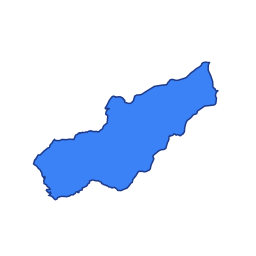 the district of Valiug, Caras-Severin, Romania, rotated 219°
{"feature_id": "2599482B27946002625345", "entity_name": "Valiug", "entity_type": "district", "adm_level": 2, "iso_a3": "ROU", "parent_name": "Romania", "parent_adm1": "Caras-Severin", "projection": "mercator", "projection_center": [22.046, 45.195], "detail": "fine", "context": "isolated", "style": "filled", "palette": "blue", "viewbox_px": 256, "rotation_deg": 219, "n_neighbors": 0, "source": "geoboundaries", "source_scale": "gbopen_adm2", "svg_char_len": 5691}
<svg xmlns="http://www.w3.org/2000/svg" viewBox="0 0 256 256"><g transform="rotate(219 128 128)"><path d="M105.9,230.1L107.6,228.9L109.3,227.9L110.8,226.0L111.1,224.6L110.6,223.0L110.6,221.9L110.9,220.7L111.3,219.6L111.7,218.4L112.2,217.3L112.5,215.6L112.8,214.0L113.2,212.4L113.7,210.8L114.4,204.2L115.4,202.2L118.2,198.1L118.9,196.9L120.8,195.1L123.4,194.1L124.7,193.2L124.9,192.8L125.3,192.2L125.6,191.5L125.4,189.4L125.6,188.8L125.2,186.0L129.3,181.9L133.7,176.9L137.6,165.8L137.6,165.5L138.7,162.4L140.6,160.3L141.0,159.9L141.7,159.4L142.1,158.9L142.8,157.0L142.5,156.3L142.4,155.9L141.9,154.9L141.8,154.6L141.7,154.3L141.5,153.7L141.0,153.0L141.0,152.1L141.0,151.5L141.4,149.0L143.0,147.5L143.7,147.1L146.3,146.2L147.1,146.1L147.2,146.4L147.9,147.4L148.4,147.5L149.0,147.5L149.5,147.3L149.9,147.8L150.4,147.8L150.6,147.9L150.9,148.0L152.4,147.7L152.5,147.5L153.5,147.4L153.8,147.3L154.2,146.9L155.6,145.8L156.2,144.7L157.4,144.5L157.5,144.0L158.8,143.9L159.2,143.7L159.5,143.4L160.0,142.2L159.9,142.1L160.0,141.6L160.0,140.9L160.0,139.6L159.9,137.7L159.0,133.8L158.5,131.2L158.4,129.6L158.3,129.4L158.0,128.9L157.4,128.8L157.1,129.1L156.6,130.1L156.1,130.6L155.3,131.0L154.7,131.1L154.7,130.9L155.5,130.2L155.7,129.5L155.4,128.4L155.4,127.6L154.8,126.1L154.3,125.0L153.6,124.6L153.0,124.6L152.8,124.9L152.2,125.0L151.5,124.8L151.0,124.2L150.7,123.6L149.8,122.5L149.5,121.8L148.8,121.1L148.2,120.0L147.8,119.2L147.3,118.6L147.4,118.0L147.8,117.1L147.9,116.1L148.1,115.3L148.2,114.2L148.1,113.5L147.9,112.9L147.4,111.8L147.3,111.1L147.8,109.8L148.1,108.8L148.1,107.8L148.3,107.3L148.3,106.7L148.5,106.7L148.7,106.2L150.6,105.4L151.2,104.6L152.6,103.5L153.2,103.2L154.5,102.8L154.9,102.4L155.1,101.9L155.5,102.0L155.8,101.8L156.7,100.4L156.8,99.8L156.9,99.1L157.3,99.0L158.2,98.5L159.2,96.8L160.0,96.3L160.7,96.0L161.0,95.5L161.2,94.9L161.9,93.7L162.3,94.1L162.8,93.6L163.3,92.4L163.1,92.2L163.1,91.9L163.2,91.6L163.6,90.7L163.8,90.4L164.0,90.1L164.1,89.9L164.1,89.1L164.0,88.8L164.0,88.5L163.5,87.4L163.2,86.0L162.9,85.2L162.8,84.9L163.3,84.6L163.7,84.5L163.9,84.4L164.9,83.5L166.0,82.9L166.4,82.6L166.9,81.9L167.1,81.7L167.5,81.3L168.0,80.8L168.1,80.6L169.1,79.6L169.4,79.4L169.9,79.2L170.9,78.4L172.1,77.6L172.7,76.1L172.9,75.7L173.3,75.2L174.1,74.4L174.8,74.0L175.1,73.7L175.3,73.5L175.8,73.2L176.8,72.5L176.9,72.4L177.1,72.4L177.5,72.7L177.8,72.9L178.0,72.3L178.0,71.6L178.0,71.1L177.9,70.1L177.7,69.1L177.7,68.9L177.7,68.5L177.6,68.0L177.8,67.0L177.7,65.7L177.8,65.4L177.6,65.1L177.4,65.0L177.3,64.8L177.0,64.2L176.8,63.7L176.9,63.4L177.1,62.8L177.5,62.2L177.7,61.8L177.9,61.6L177.9,61.4L178.0,61.1L178.0,60.8L178.0,60.5L178.0,60.4L178.1,60.0L178.2,59.8L178.5,58.5L178.5,58.1L178.6,57.8L178.8,57.4L178.8,57.1L178.9,55.6L178.9,54.8L179.1,54.4L179.2,53.6L179.2,53.2L179.1,52.5L179.2,52.4L179.2,52.2L179.3,51.8L179.8,51.4L180.0,51.3L180.5,50.9L180.8,50.5L180.7,49.7L180.7,49.3L180.6,48.9L180.6,48.4L180.4,47.9L180.3,47.6L180.3,47.4L180.3,47.2L180.2,46.7L180.4,46.4L180.3,46.2L180.2,46.0L180.1,45.9L180.3,45.3L180.4,44.7L180.2,44.3L180.1,43.6L179.7,43.2L179.6,42.9L179.6,42.4L179.1,41.5L178.8,41.0L178.7,40.6L177.1,40.7L174.8,40.9L172.1,40.2L169.6,40.1L168.3,39.3L166.9,39.0L165.7,37.8L164.8,37.1L163.9,36.7L162.9,36.6L162.3,36.3L162.5,36.9L162.3,37.7L161.9,37.8L160.8,36.2L160.3,34.0L158.2,32.0L157.4,32.3L156.5,32.2L155.3,32.5L154.2,31.8L151.4,31.9L150.0,31.3L152.4,29.0L152.2,28.1L150.5,27.8L148.4,27.8L148.1,29.3L147.6,29.1L146.7,28.4L147.0,25.9L145.7,26.5L144.1,26.9L142.2,26.8L140.7,26.5L139.8,26.5L139.2,26.7L138.5,28.5L138.9,29.8L136.9,32.8L134.6,34.6L132.3,36.1L131.5,37.6L131.0,37.8L130.4,39.2L130.2,40.2L129.2,41.2L128.6,41.5L127.9,43.8L128.1,45.5L127.1,46.8L126.8,46.4L126.5,46.3L126.4,46.4L125.7,46.7L125.6,46.9L125.6,47.0L126.1,47.7L126.2,48.0L126.2,48.8L126.0,49.0L126.0,49.6L125.2,50.3L124.7,51.0L125.0,51.5L125.8,52.5L125.8,52.8L125.5,53.2L125.0,53.7L124.9,54.3L124.2,55.8L123.8,56.3L123.8,57.2L123.6,57.6L123.8,58.2L124.0,59.3L123.4,61.1L124.6,62.8L124.1,63.4L123.6,63.9L123.3,64.7L122.9,65.4L119.6,66.8L118.1,68.2L116.5,68.5L115.6,68.8L114.9,69.0L114.1,68.9L113.6,68.3L113.1,68.4L112.6,68.6L111.4,68.7L110.4,69.0L109.7,69.6L109.3,69.7L108.8,69.5L108.4,69.7L107.8,70.1L107.5,70.2L105.9,70.1L104.7,70.9L104.3,71.1L103.8,71.1L103.4,71.1L102.6,71.5L102.5,71.8L101.7,72.6L101.6,72.9L101.4,73.2L100.6,73.4L98.4,73.5L96.6,73.1L94.0,75.0L92.7,77.7L90.9,80.7L90.8,83.1L91.0,87.1L90.5,88.4L91.9,91.2L91.8,95.4L92.4,99.8L92.5,100.7L91.4,101.9L89.3,103.5L87.8,104.1L86.4,105.8L85.6,107.5L85.3,108.0L85.0,108.8L85.0,110.3L85.6,111.5L86.3,112.7L87.1,114.9L87.4,116.3L87.7,117.6L88.1,118.9L88.5,120.2L88.9,120.6L89.0,120.7L89.6,120.9L90.1,120.9L90.7,121.5L91.1,122.8L89.8,129.2L88.9,131.6L86.8,133.7L86.0,135.2L85.9,136.2L88.2,141.6L88.5,143.4L89.0,144.8L89.6,145.4L89.9,145.8L90.4,146.6L90.6,147.3L90.3,147.8L90.6,148.4L90.1,148.4L90.0,148.7L89.6,149.1L89.2,149.7L88.8,150.3L88.6,150.9L88.5,151.5L88.4,152.2L88.5,152.4L87.9,152.8L86.5,152.7L85.8,153.1L85.4,154.0L84.3,154.4L83.5,154.8L82.6,154.8L82.4,155.0L82.2,155.6L82.1,156.4L81.9,157.2L81.5,158.1L81.5,158.4L81.9,158.7L81.6,159.6L81.9,160.7L84.3,164.2L86.1,168.2L86.7,170.8L86.4,172.6L86.0,173.7L85.6,176.2L85.6,178.8L85.3,179.8L83.7,182.3L84.0,183.4L84.6,184.5L84.6,185.2L82.3,193.2L76.2,199.4L75.8,199.9L75.5,200.4L75.3,200.9L75.2,201.5L75.3,202.3L75.7,203.1L76.9,205.1L78.2,207.0L78.7,207.2L79.2,207.4L79.7,207.6L80.2,208.0L81.1,209.4L81.7,210.7L81.8,212.3L81.5,214.0L82.5,212.6L83.0,212.3L84.1,212.7L85.1,213.2L85.8,213.3L86.4,213.1L87.0,213.0L87.9,213.4L91.6,217.5L95.6,220.0L96.2,220.4L98.9,221.8L101.6,223.1L103.0,224.5L104.2,226.1L105.3,227.7L105.9,230.1Z" fill="#3b82f6" stroke="#1e3a8a" stroke-width="1.5"/></g></svg>